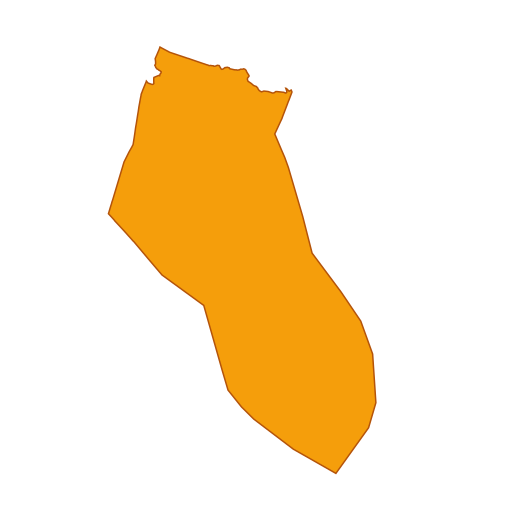 Tlacotepec Plumas, Oaxaca, Mexico, rotated 204°
{"feature_id": "50627088B14217119498753", "entity_name": "Tlacotepec Plumas", "entity_type": "district", "adm_level": 2, "iso_a3": "MEX", "parent_name": "Mexico", "parent_adm1": "Oaxaca", "projection": "mercator", "projection_center": [-97.45, 17.871], "detail": "fine", "context": "isolated", "style": "filled", "palette": "amber", "viewbox_px": 512, "rotation_deg": 204, "n_neighbors": 0, "source": "geoboundaries", "source_scale": "gbopen_adm2", "svg_char_len": 2398}
<svg xmlns="http://www.w3.org/2000/svg" viewBox="0 0 512 512"><g transform="rotate(204 256 256)"><path d="M289.8,420.2L290.1,420.8L291.4,421.9L292.7,420.0L296.3,421.4L297.0,421.3L295.2,419.4L294.5,418.3L294.7,417.5L295.4,416.8L296.3,416.9L297.3,416.8L303.6,414.8L304.8,414.3L305.9,412.4L307.1,411.6L308.3,411.5L311.8,411.2L315.9,409.9L316.7,409.1L317.8,408.2L318.7,408.2L320.4,408.5L322.2,409.5L322.6,410.1L323.8,410.5L324.4,411.0L325.6,410.9L327.5,410.8L330.5,411.7L334.4,412.4L335.6,413.7L335.9,414.3L336.1,415.4L335.5,417.2L335.8,418.0L339.1,420.2L340.0,421.0L340.6,421.6L342.1,422.1L343.4,422.0L344.2,421.2L346.2,420.3L346.8,419.4L348.6,418.2L349.2,418.2L351.2,417.4L355.1,416.6L356.3,416.4L356.9,417.0L357.2,417.0L359.2,416.7L360.3,415.7L360.8,415.7L361.0,415.5L362.1,413.5L362.5,413.1L363.2,412.6L363.9,412.7L365.5,413.8L367.1,415.0L368.9,414.5L370.0,413.3L370.4,412.9L371.6,412.2L372.2,412.4L372.7,412.3L373.7,411.9L375.0,411.6L376.3,410.8L377.5,410.9L379.4,410.6L381.0,410.5L382.7,410.3L383.8,410.2L389.4,409.7L393.9,409.3L396.2,409.1L397.8,409.0L398.9,408.8L417.6,407.0L428.7,407.8L428.5,405.5L428.4,399.7L428.4,396.4L428.4,395.3L426.8,392.7L425.8,390.5L426.0,389.8L425.9,388.9L425.4,388.7L424.4,387.6L422.6,386.6L421.4,386.6L420.2,386.2L419.9,386.2L419.1,386.2L417.5,385.7L417.4,385.4L417.3,384.5L417.3,384.3L417.6,383.5L417.5,382.1L417.4,381.6L417.8,381.7L418.3,381.4L421.9,377.6L421.5,376.3L419.9,372.8L419.6,372.3L419.5,372.0L419.8,371.1L420.2,370.7L421.1,370.4L425.0,370.1L427.3,371.2L427.2,370.6L427.1,366.7L426.9,360.6L426.8,360.4L426.8,359.7L426.7,357.1L426.3,355.8L425.8,353.5L424.6,348.6L423.6,344.5L422.4,340.3L421.4,336.4L420.9,334.6L420.3,332.4L419.2,328.3L418.2,324.3L416.8,319.5L415.4,314.5L414.2,310.0L413.6,307.8L413.7,306.5L413.7,305.8L414.3,299.4L414.8,288.3L409.7,248.5L409.6,247.0L409.2,244.4L409.1,243.2L408.0,234.6L405.2,233.4L404.7,233.2L400.4,231.3L399.2,230.6L387.0,225.4L374.1,219.6L373.6,219.5L369.3,217.4L353.1,209.5L334.1,200.4L283.6,189.6L240.2,137.6L227.0,122.1L207.8,112.2L191.7,106.1L143.3,94.7L94.6,89.9L83.3,144.9L86.8,170.7L109.6,213.9L133.8,239.1L163.8,257.8L205.9,281.4L229.4,311.1L262.4,350.0L269.8,357.7L275.9,363.3L283.6,370.5L285.5,372.3L288.5,375.1L288.4,382.1L288.3,388.8L288.2,392.0L288.4,394.3L288.7,399.9L288.9,403.5L289.0,405.3L289.0,405.6L289.3,410.2L289.3,411.5L289.8,420.2Z" fill="#f59e0b" stroke="#b45309" stroke-width="1.5"/></g></svg>